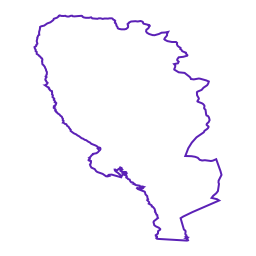 the district of Grýtubakkahreppur, Norðurland eystra, Iceland
{"feature_id": "244011B60639573794911", "entity_name": "Grýtubakkahreppur", "entity_type": "district", "adm_level": 2, "iso_a3": "ISL", "parent_name": "Iceland", "parent_adm1": "Norðurland eystra", "projection": "robinson", "projection_center": [-18.134, 65.987], "detail": "fine", "context": "isolated", "style": "outline", "palette": "violet", "viewbox_px": 256, "rotation_deg": 0, "n_neighbors": 0, "source": "geoboundaries", "source_scale": "gbopen_adm2", "svg_char_len": 5712}
<svg xmlns="http://www.w3.org/2000/svg" viewBox="0 0 256 256"><path d="M158.0,238.9L187.0,240.6L188.0,240.3L187.6,239.4L186.8,239.0L186.8,238.7L187.1,238.4L186.7,238.3L187.0,238.1L186.0,238.0L186.3,237.8L186.0,237.8L185.9,237.3L185.6,237.3L186.3,237.0L186.5,236.8L186.2,236.7L186.6,236.5L186.4,236.2L186.4,235.3L185.7,234.8L185.3,233.9L185.6,231.6L185.3,230.6L183.9,229.5L180.6,218.2L183.1,216.6L192.4,212.1L219.1,200.5L217.0,199.2L211.6,197.9L213.2,195.8L216.2,193.3L217.9,191.1L219.0,183.9L218.5,182.6L218.6,180.7L221.5,174.9L220.5,171.2L216.2,159.2L212.7,160.7L210.9,161.0L204.9,160.2L202.1,160.5L199.7,159.8L197.8,157.8L195.1,156.8L191.5,156.2L185.3,156.0L188.3,148.2L191.8,142.6L196.5,137.3L203.8,132.3L204.5,130.8L207.1,129.0L208.0,128.1L208.6,126.9L208.4,126.4L206.7,125.0L206.6,124.5L206.9,123.7L208.6,122.2L209.6,120.1L209.2,118.3L208.7,117.0L207.9,116.0L206.6,115.5L206.2,114.8L205.5,109.8L204.4,108.7L204.1,108.0L204.5,106.0L204.2,105.3L203.2,104.1L202.0,103.3L197.6,101.6L197.4,101.2L198.8,98.9L198.8,98.3L197.1,95.3L196.9,92.7L197.0,92.1L197.4,91.7L201.6,89.9L203.5,87.7L207.2,85.2L208.2,83.5L208.8,81.5L206.2,80.4L200.1,78.7L198.8,78.5L193.8,79.4L190.9,79.0L190.5,77.9L189.7,76.9L184.6,72.9L178.7,72.3L174.3,69.6L174.2,69.2L175.1,67.1L175.3,65.8L175.2,65.4L174.1,64.1L177.9,63.3L178.7,61.7L177.3,60.4L177.2,59.6L177.4,59.1L178.7,57.3L183.3,56.8L187.2,55.7L187.4,55.2L187.2,54.9L185.8,53.4L185.9,52.7L182.7,51.4L182.0,50.9L181.3,49.6L180.3,49.0L180.5,47.8L179.2,47.1L177.6,45.8L176.9,44.3L177.1,42.9L176.0,42.0L171.9,42.0L167.4,41.1L164.9,39.8L164.3,39.2L164.8,38.1L166.9,35.6L167.1,35.1L167.0,33.9L168.1,31.9L165.2,32.5L161.6,32.7L158.9,34.0L154.6,35.2L152.6,35.1L149.1,34.0L146.9,32.7L146.1,31.4L146.4,29.7L148.2,28.4L148.9,27.4L149.0,26.8L149.8,25.9L149.5,25.4L149.0,25.7L148.4,25.4L148.5,24.9L143.6,23.7L143.2,23.3L143.0,22.2L141.9,21.4L140.5,21.0L137.8,21.5L135.4,21.2L131.1,21.5L129.1,22.5L128.7,22.8L128.7,23.4L127.6,24.0L127.7,24.9L128.1,25.6L128.1,26.8L127.9,27.5L126.3,28.9L124.7,29.3L121.2,29.3L119.1,28.9L117.8,28.3L117.5,27.1L116.4,25.6L116.4,24.8L115.9,23.6L115.2,23.1L115.3,22.6L114.8,22.1L115.2,20.9L114.5,20.1L113.4,19.7L112.5,18.6L111.7,18.3L109.5,18.3L108.1,18.6L104.6,18.5L102.7,18.9L100.5,18.3L98.9,18.3L97.5,18.8L92.3,18.4L91.1,17.3L89.1,17.8L85.8,17.8L83.7,17.4L82.6,16.8L82.3,16.1L81.4,15.8L74.3,16.4L72.6,16.2L72.1,15.7L70.8,15.8L69.0,16.5L67.2,16.5L66.0,16.2L65.4,15.8L63.4,16.0L61.2,15.9L59.8,15.4L58.8,15.8L58.8,16.3L57.0,17.7L53.8,18.8L53.3,20.1L50.4,22.3L47.3,23.4L44.2,25.6L41.2,26.3L40.1,26.9L39.8,29.5L39.1,31.9L39.1,33.8L39.3,34.8L38.5,35.2L38.0,35.9L37.9,36.4L37.5,37.1L37.5,37.8L37.2,38.0L37.3,38.5L36.7,41.1L37.4,43.7L36.3,44.8L36.2,45.1L36.4,45.5L36.1,46.1L34.5,47.1L34.9,48.6L35.7,49.8L35.6,51.1L36.7,51.9L36.7,53.9L38.6,55.1L39.4,56.2L40.3,56.6L40.8,57.6L42.1,58.5L42.4,59.6L42.1,60.2L42.3,60.8L42.0,61.6L42.3,62.5L42.3,63.8L42.6,64.5L43.3,64.9L44.9,67.0L45.0,67.6L46.0,69.5L46.1,70.6L46.9,72.0L46.8,74.3L46.5,74.6L46.2,76.0L45.8,76.3L46.5,76.9L46.5,77.3L45.7,78.1L45.3,79.8L46.1,80.7L46.2,81.4L47.6,82.9L47.0,83.9L45.8,84.8L45.9,85.2L45.1,85.3L47.5,87.0L48.5,87.3L49.1,88.1L48.8,88.7L49.8,89.5L49.8,89.9L50.5,90.6L52.0,91.2L52.0,92.6L52.2,92.9L52.0,94.4L52.9,95.3L52.5,97.0L54.2,98.6L54.0,99.0L54.2,99.3L53.8,99.9L55.1,101.4L54.8,102.3L56.0,102.7L56.3,103.1L55.7,104.9L54.2,106.0L54.7,106.7L53.8,106.9L53.7,107.8L55.6,109.5L55.7,109.9L55.2,110.7L56.0,111.2L56.0,111.7L56.5,112.3L57.0,112.3L57.7,113.4L59.5,114.5L60.3,115.6L61.8,116.7L62.4,118.2L62.9,118.7L62.7,120.1L63.5,120.7L63.5,121.4L62.9,122.6L63.5,122.7L65.0,123.9L66.3,124.2L67.2,125.9L68.6,126.8L69.1,127.9L70.0,128.8L70.1,129.3L70.7,129.7L70.6,130.9L73.8,133.3L76.4,134.5L77.3,135.3L79.2,136.3L81.6,138.2L82.9,138.6L84.7,139.8L86.2,140.2L88.4,141.8L89.8,142.4L91.3,143.8L95.6,145.5L97.3,146.5L98.0,147.3L97.5,148.3L97.8,148.6L97.7,148.2L98.4,147.4L99.2,147.6L99.1,147.9L98.6,147.9L99.1,147.9L99.4,147.6L100.2,147.9L100.5,149.0L100.1,149.9L98.2,151.8L97.7,151.7L98.1,151.9L98.0,152.1L96.5,153.2L93.0,153.9L93.1,154.3L91.6,155.3L90.5,156.8L89.3,157.7L89.7,157.9L89.9,158.8L88.7,159.7L88.6,160.3L89.6,160.8L91.0,161.1L90.9,162.9L90.0,164.6L90.3,164.9L90.2,165.1L90.3,165.7L91.4,167.6L94.7,169.1L96.1,171.1L97.3,172.0L102.7,173.9L106.1,176.3L107.6,176.4L109.0,176.0L108.1,175.4L108.9,174.8L111.7,174.6L121.2,177.3L121.9,175.8L120.9,175.6L121.0,175.3L120.2,175.0L118.1,173.0L115.5,171.2L114.8,170.2L114.7,169.6L115.4,169.6L115.8,170.2L117.4,170.1L118.6,168.9L120.0,169.0L119.8,168.1L120.2,167.4L120.6,167.6L120.3,167.8L120.5,168.1L121.5,168.0L121.8,168.9L122.3,169.5L121.3,170.2L120.4,170.4L120.4,170.8L122.3,171.9L125.9,172.0L126.2,172.3L126.0,172.7L126.5,173.2L125.5,173.8L125.8,174.2L124.6,174.6L122.1,174.2L126.2,175.4L126.8,176.3L126.2,177.1L126.2,177.5L127.8,178.5L128.1,179.1L129.7,179.6L130.3,181.3L131.0,182.0L131.4,182.4L132.7,182.4L134.3,183.9L135.4,184.2L134.5,184.4L136.0,185.1L139.7,185.7L140.0,186.2L139.8,186.4L140.1,186.6L142.6,186.5L143.8,186.9L143.1,187.3L143.3,187.8L143.0,188.2L142.1,188.5L138.9,188.1L138.2,188.4L137.3,187.9L137.0,188.2L137.8,189.0L144.5,191.6L144.9,192.0L145.5,194.4L147.2,196.1L147.5,198.2L148.1,199.2L147.2,200.1L149.1,202.1L149.3,203.1L148.8,203.7L151.5,205.2L151.9,205.9L151.8,206.5L153.0,207.0L154.5,208.8L155.1,210.5L154.9,211.0L155.3,211.4L155.2,212.3L156.0,213.2L156.4,214.6L157.2,215.0L157.5,216.2L157.4,216.9L158.0,218.0L154.0,221.1L153.5,222.1L154.3,225.2L155.9,226.4L158.8,227.7L160.2,229.0L160.2,229.5L159.6,230.1L158.2,231.0L158.0,231.8L158.0,233.3L157.7,233.8L155.7,235.2L155.8,235.9L157.0,236.6L157.0,237.6L156.3,238.1L156.7,238.6L158.0,238.9ZM123.1,172.8L123.7,172.9L123.4,172.6L123.1,172.8Z" fill="none" stroke="#5b21b6" stroke-width="2"/></svg>